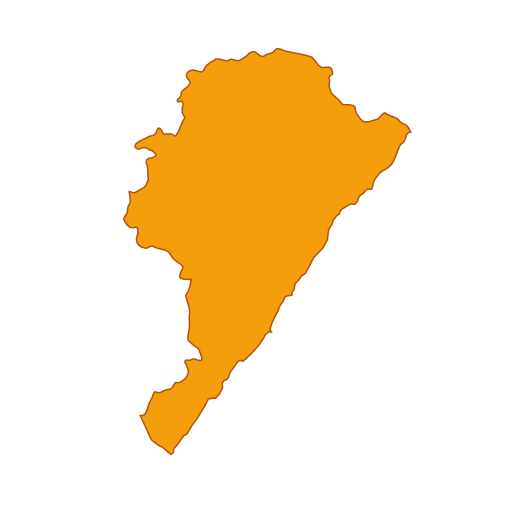 an SVG outline of Arequipa, rotated 278°
{"feature_id": "PER-570", "entity_name": "Arequipa", "entity_type": "Department", "adm_level": 1, "iso_a3": "PER", "parent_name": "Peru", "parent_adm1": "", "projection": "mercator", "projection_center": [-72.544, -15.989], "detail": "fine", "context": "isolated", "style": "filled", "palette": "amber", "viewbox_px": 512, "rotation_deg": 278, "n_neighbors": 0, "source": "natural_earth", "source_scale": "10m", "svg_char_len": 6025}
<svg xmlns="http://www.w3.org/2000/svg" viewBox="0 0 512 512"><g transform="rotate(278 256 256)"><path d="M400.3,392.0L399.4,389.8L397.8,388.6L396.2,388.0L392.4,387.4L390.1,386.6L389.1,386.0L387.4,384.4L385.8,383.3L385.3,383.1L369.0,378.9L365.2,377.2L362.0,374.6L357.5,369.1L355.1,366.8L349.7,363.6L347.6,362.7L345.4,362.1L339.2,361.6L338.4,361.3L337.9,360.2L338.0,358.1L337.8,357.0L336.5,355.6L332.5,353.3L331.7,352.4L330.6,350.7L328.3,349.6L323.6,348.5L321.2,347.0L320.7,345.2L320.8,343.2L319.9,341.2L314.4,334.7L312.2,333.1L311.1,332.8L310.2,332.8L309.3,332.7L308.5,332.0L307.4,330.5L306.8,329.9L305.8,329.7L305.2,329.4L303.0,327.9L302.1,327.5L298.0,326.8L292.2,324.3L282.0,324.4L273.2,321.2L262.7,313.5L245.8,307.4L242.5,303.8L238.2,301.6L234.5,299.0L232.8,298.4L228.9,298.5L227.1,298.0L225.6,297.0L224.2,296.5L222.6,297.2L221.8,295.8L220.5,291.6L219.7,290.6L218.7,290.1L215.8,289.5L210.4,286.7L204.3,285.3L192.8,281.3L185.2,280.0L182.8,281.8L182.9,279.3L181.1,277.8L180.1,276.8L179.4,276.2L175.9,275.0L168.9,271.7L166.0,269.9L159.8,265.6L153.0,260.5L150.2,258.0L150.1,256.8L150.6,255.6L149.9,254.0L148.8,252.6L145.8,251.2L137.5,246.6L135.9,246.2L131.7,245.6L130.1,244.6L128.8,243.0L128.5,242.0L127.3,241.1L124.9,240.3L121.1,241.2L117.7,240.3L114.3,239.0L110.0,236.1L109.5,235.5L109.2,233.5L109.0,232.5L108.5,231.6L108.4,230.2L107.9,228.8L105.4,227.9L100.5,226.3L86.4,220.1L79.5,216.3L70.1,212.4L68.0,209.5L57.1,203.8L54.4,201.7L53.1,201.3L51.6,201.5L51.0,201.8L50.3,201.6L48.7,200.5L47.6,199.3L53.2,190.5L53.8,189.0L54.5,187.0L55.2,185.4L58.8,178.9L61.2,176.8L81.9,163.6L82.1,164.9L82.3,165.8L82.7,166.7L83.4,167.6L84.4,168.3L87.1,169.3L94.6,170.5L102.0,173.0L105.6,173.7L106.6,174.0L107.3,174.6L107.5,175.5L107.3,176.5L107.0,177.5L107.2,179.0L108.0,181.0L110.4,184.6L111.3,186.6L111.9,188.3L112.1,189.5L112.8,190.5L113.9,191.5L117.6,192.7L119.6,194.0L119.7,196.2L119.9,197.1L120.3,198.1L120.8,199.0L124.2,202.6L125.0,203.2L125.9,203.7L126.9,204.2L129.0,204.8L130.9,205.1L132.0,205.0L133.3,204.7L135.6,203.8L138.0,202.5L140.4,200.7L141.3,200.4L142.2,200.4L143.1,201.2L143.3,202.3L143.6,205.1L143.6,205.5L144.3,206.4L144.8,207.1L145.3,207.9L145.5,208.9L144.7,213.4L144.7,214.4L144.8,215.4L145.2,216.3L146.3,216.7L147.8,216.5L155.3,212.6L156.4,211.7L157.0,210.7L158.3,207.6L162.2,201.6L162.9,200.8L164.2,200.2L166.0,199.8L176.3,200.0L186.5,198.4L191.0,198.2L195.2,197.1L206.8,191.9L209.7,193.0L210.6,193.5L212.5,194.1L219.8,195.0L223.9,194.9L223.8,194.0L223.3,192.0L223.0,187.7L223.5,184.7L224.1,183.8L225.0,183.5L226.0,183.3L228.2,183.5L230.4,184.0L233.4,185.1L234.2,185.2L234.9,185.1L235.7,184.6L236.3,183.9L237.5,182.3L240.7,176.0L241.4,174.9L247.2,169.5L248.4,167.9L249.4,163.7L249.8,158.7L250.5,154.7L251.1,153.2L251.2,152.1L251.0,150.8L250.4,149.4L249.0,147.6L248.3,145.5L249.1,140.8L249.7,139.7L250.7,138.2L251.2,137.5L251.9,136.9L252.8,136.4L254.7,135.6L255.8,135.3L257.1,135.2L261.5,135.8L262.8,135.8L264.0,135.7L266.2,135.0L267.1,134.6L267.7,134.0L267.9,133.0L266.9,130.6L266.7,127.4L269.1,123.7L271.8,121.3L273.6,120.2L275.1,120.0L277.1,120.7L278.1,121.2L279.0,121.7L280.2,122.1L281.9,122.5L285.0,122.3L286.8,122.4L288.2,122.7L289.2,123.3L290.3,123.8L292.1,124.0L294.0,123.7L302.2,121.5L302.0,123.3L301.6,125.2L301.6,126.1L301.8,127.0L302.4,128.0L308.5,135.8L310.9,137.2L317.1,138.7L323.7,137.1L326.4,136.8L328.8,136.3L330.9,135.4L333.3,134.2L334.3,134.1L335.6,134.3L336.5,134.9L337.3,135.6L337.8,136.5L338.9,139.5L339.4,140.5L339.9,141.3L340.5,142.1L341.3,142.7L342.3,142.8L343.2,142.4L345.8,138.6L346.0,137.8L346.1,136.8L346.3,135.6L347.4,133.5L347.7,132.6L347.8,130.4L347.7,129.5L347.4,128.4L346.9,127.5L345.8,125.9L345.5,124.9L345.6,123.9L345.9,122.9L346.4,121.9L347.0,121.2L347.9,121.0L348.9,121.0L349.7,121.3L350.3,121.5L351.0,122.0L353.1,124.2L357.7,131.0L359.7,133.7L360.9,136.9L361.4,137.8L362.1,138.6L363.0,139.4L364.2,140.0L366.2,140.5L367.7,140.7L368.7,141.1L369.1,141.8L369.0,142.7L368.6,143.6L368.0,144.4L367.3,145.1L365.4,146.0L364.6,146.6L364.1,147.4L364.0,148.5L365.0,153.8L365.1,154.7L364.9,155.5L364.6,156.3L363.8,158.1L363.5,159.1L364.8,160.3L367.3,161.5L379.6,164.8L380.7,165.2L381.8,165.9L382.8,166.2L383.6,166.0L386.3,163.9L387.8,163.2L388.9,162.9L391.1,162.5L392.3,162.4L394.6,162.7L395.8,162.7L396.9,162.5L397.9,162.1L398.5,161.4L398.8,160.5L398.6,159.6L398.2,158.7L397.9,157.8L398.0,156.8L398.8,156.4L399.9,156.6L403.1,159.0L404.6,159.5L406.8,159.1L408.2,159.5L409.7,160.5L415.4,165.6L416.4,166.2L417.7,166.6L418.9,166.6L419.8,166.1L422.6,163.2L423.4,162.6L424.2,162.2L425.2,162.0L426.1,162.0L427.2,162.2L428.1,162.6L428.9,163.2L429.7,164.0L430.5,165.1L431.2,166.9L431.4,168.1L431.4,169.4L431.0,171.6L430.6,175.9L430.9,176.9L431.6,177.8L433.1,178.5L435.8,179.4L437.4,180.3L440.1,182.6L441.7,184.1L443.7,187.2L445.5,188.7L445.9,192.0L445.2,198.6L445.3,200.3L445.9,201.6L446.6,202.5L447.3,203.7L447.4,204.7L447.4,205.4L447.1,206.7L446.8,210.1L447.0,211.5L447.4,212.5L450.6,216.5L451.9,217.9L455.9,221.2L456.7,222.3L457.7,224.0L458.0,225.4L457.9,226.6L457.5,227.6L454.9,232.0L454.7,232.9L454.6,233.6L454.5,234.9L454.9,235.8L455.5,236.7L456.4,237.6L457.3,238.8L458.8,242.5L459.8,244.3L463.9,247.3L464.4,249.9L464.0,252.3L463.1,255.5L461.7,277.8L460.6,283.7L458.1,286.8L453.8,291.1L453.1,292.1L452.4,293.4L452.0,294.5L451.9,295.4L452.0,296.3L452.8,299.7L453.0,301.0L452.9,303.0L452.4,304.1L451.5,304.9L448.1,306.3L447.5,306.5L446.7,306.3L446.0,305.8L444.7,304.3L443.9,303.8L442.9,303.6L441.9,303.7L439.8,304.4L438.6,304.6L435.3,304.6L434.3,304.8L429.3,307.1L428.2,307.8L426.6,309.4L422.0,316.4L418.9,319.6L418.2,320.7L418.0,321.9L418.7,326.6L418.8,327.8L418.5,330.8L418.2,332.1L417.6,332.9L416.7,333.5L413.4,334.5L411.2,335.7L406.2,340.3L405.4,341.4L404.3,343.3L404.1,344.5L404.1,345.5L404.4,347.8L405.0,350.0L406.9,353.7L408.2,357.2L414.2,361.8L415.1,362.7L415.7,363.9L415.3,364.7L414.8,365.5L414.3,366.5L412.1,375.6L411.7,376.5L411.3,377.3L408.6,380.7L407.6,382.7L406.7,385.9L405.7,387.7L404.0,389.2L400.3,392.0L400.3,392.0Z" fill="#f59e0b" stroke="#b45309" stroke-width="1.5"/></g></svg>